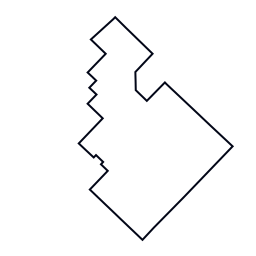 the district of Serra do Mel, Rio Grande do Norte, Brazil, rotated 314°
{"feature_id": "56859067B45182411512134", "entity_name": "Serra do Mel", "entity_type": "district", "adm_level": 2, "iso_a3": "BRA", "parent_name": "Brazil", "parent_adm1": "Rio Grande do Norte", "projection": "albers", "projection_center": [-37.03, -5.14], "detail": "fine", "context": "isolated", "style": "outline", "palette": "ink", "viewbox_px": 256, "rotation_deg": 314, "n_neighbors": 0, "source": "geoboundaries", "source_scale": "gbopen_adm2", "svg_char_len": 607}
<svg xmlns="http://www.w3.org/2000/svg" viewBox="0 0 256 256"><g transform="rotate(314 128 128)"><path d="M117.2,216.2L187.5,216.0L187.0,185.0L186.8,164.6L186.3,125.4L186.4,122.9L160.6,122.7L160.6,112.7L160.6,107.3L166.5,101.4L173.4,94.4L198.5,94.1L198.6,56.9L198.8,41.8L196.3,41.8L165.9,39.8L165.9,60.4L139.9,60.4L140.0,72.2L130.1,72.2L130.2,82.1L119.3,82.1L117.4,82.1L117.4,103.1L82.7,103.3L82.8,113.0L82.9,119.2L83.0,123.8L86.3,123.8L86.3,133.7L83.1,133.8L83.1,143.2L57.2,143.3L57.3,164.8L57.4,182.0L57.4,185.4L57.6,216.1L74.5,215.8L117.2,216.2Z" fill="none" stroke="#020617" stroke-width="2"/></g></svg>